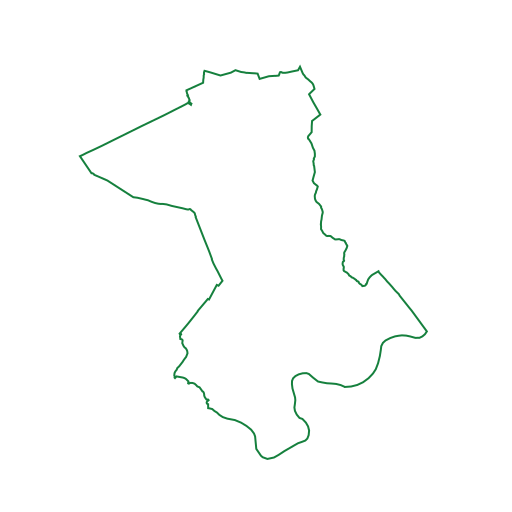 Negri, Bacau, Romania, rotated 244°
{"feature_id": "2599482B87811792922311", "entity_name": "Negri", "entity_type": "district", "adm_level": 2, "iso_a3": "ROU", "parent_name": "Romania", "parent_adm1": "Bacau", "projection": "orthographic", "projection_center": [26.996, 46.704], "detail": "fine", "context": "isolated", "style": "outline", "palette": "green", "viewbox_px": 512, "rotation_deg": 244, "n_neighbors": 0, "source": "geoboundaries", "source_scale": "gbopen_adm2", "svg_char_len": 6075}
<svg xmlns="http://www.w3.org/2000/svg" viewBox="0 0 512 512"><g transform="rotate(244 256 256)"><path d="M406.8,378.5L404.5,375.2L406.1,369.0L407.1,364.8L407.8,362.7L408.9,360.4L409.4,359.8L410.0,359.6L410.7,358.4L410.4,358.0L409.9,357.2L408.9,356.4L408.6,356.0L408.2,355.5L409.1,353.1L410.0,351.1L411.8,346.7L412.0,346.0L412.7,341.9L413.6,336.9L419.2,337.4L420.6,335.2L422.1,332.5L423.8,329.6L424.9,327.5L426.2,325.9L427.9,323.3L432.0,319.0L431.8,313.8L433.8,303.2L441.0,295.5L443.3,292.9L445.0,290.9L444.2,290.1L443.7,289.7L443.0,289.3L442.1,289.0L441.3,288.2L439.2,287.1L437.7,286.0L434.9,284.4L435.4,266.1L434.4,265.7L434.2,265.8L433.2,265.5L432.2,265.3L430.8,265.2L430.4,265.3L430.3,265.1L430.3,264.8L430.3,264.6L430.2,264.5L429.2,264.9L428.8,264.9L428.4,264.7L428.0,264.7L427.5,264.9L427.1,264.9L426.3,264.7L425.2,264.7L424.6,264.1L424.6,263.7L424.5,263.4L424.4,263.3L424.0,263.3L423.6,263.4L423.3,263.8L423.0,264.0L422.5,264.1L421.2,264.7L420.8,264.1L420.5,263.9L420.4,263.8L422.3,262.8L423.4,261.6L423.2,259.2L423.1,255.4L423.0,246.9L422.8,235.6L422.9,211.0L422.9,210.1L422.9,209.2L422.7,179.6L422.6,165.0L422.7,156.2L422.9,148.9L422.8,144.7L422.9,141.5L402.5,144.4L402.3,145.0L401.5,145.7L400.5,146.2L399.9,146.2L389.0,155.5L362.6,171.5L360.4,174.9L356.6,179.6L355.2,181.2L354.0,182.7L353.1,183.7L352.3,184.3L350.3,186.1L347.9,188.5L345.9,191.0L344.7,192.9L343.5,195.3L341.6,198.2L339.9,200.1L337.9,202.3L331.1,210.9L328.6,213.8L327.6,215.2L327.4,215.7L327.3,216.8L327.2,217.1L326.7,217.6L326.0,217.7L324.7,218.3L323.1,219.1L321.8,219.6L320.8,219.6L319.7,219.3L318.5,219.2L317.8,219.2L317.4,218.8L293.2,216.8L284.5,216.2L280.6,215.9L272.6,215.1L272.3,214.8L268.0,214.5L262.5,214.6L259.2,214.8L250.9,214.9L248.4,215.0L246.5,211.0L245.7,209.3L247.2,208.1L237.5,194.7L238.5,193.9L235.8,187.8L232.2,179.6L231.8,179.4L229.1,173.9L225.0,165.3L223.7,162.4L219.7,153.3L219.2,153.3L219.0,153.9L218.8,154.4L218.4,154.4L218.0,153.4L217.2,152.5L214.5,151.6L213.8,152.6L213.4,152.9L212.6,153.1L212.2,153.0L210.9,152.1L209.9,151.5L208.3,151.5L207.4,151.4L205.2,151.7L203.9,152.4L202.2,152.6L200.7,152.5L198.6,151.8L195.9,148.9L195.1,147.2L193.9,145.0L193.1,143.8L190.5,138.5L189.8,136.2L188.5,134.8L187.9,133.4L187.2,132.3L186.4,131.4L184.5,130.2L183.6,130.2L182.4,129.5L181.8,129.7L182.6,131.8L178.8,137.0L177.5,138.3L176.1,139.2L172.9,140.3L171.3,139.2L170.7,139.7L170.8,141.2L169.7,143.3L168.2,144.8L166.3,145.6L164.5,146.1L162.7,147.7L159.2,148.3L157.8,148.5L157.4,148.9L156.8,149.1L155.8,149.1L154.5,148.8L153.3,148.3L152.0,148.1L150.9,148.2L148.9,148.5L148.5,148.9L148.0,150.0L147.2,150.2L147.0,149.7L146.9,149.1L146.9,148.6L146.3,147.7L145.7,147.3L144.9,147.2L144.3,147.5L143.8,148.0L140.2,146.3L139.3,147.6L137.6,149.6L134.9,150.7L132.4,152.3L129.3,153.4L125.8,155.5L122.4,158.9L117.8,165.1L112.8,169.5L107.5,172.9L102.0,175.5L97.3,176.4L94.2,176.1L82.5,171.7L74.3,172.9L72.2,173.8L68.6,177.3L67.0,183.8L67.3,189.0L68.2,195.9L69.0,207.2L69.3,211.7L68.8,215.8L68.5,219.4L69.4,222.1L71.9,224.8L75.8,227.2L80.0,228.1L84.4,227.8L89.2,226.3L91.4,224.1L95.6,223.1L99.7,223.1L103.0,224.1L105.8,226.0L109.1,228.1L111.7,229.1L120.9,230.7L125.0,232.1L127.9,233.6L129.8,235.7L130.8,238.8L130.9,242.5L130.1,246.6L128.6,250.0L126.8,251.8L121.8,253.9L116.0,256.7L113.4,260.0L110.5,264.0L108.2,268.1L105.9,271.9L102.9,275.5L99.7,278.2L99.4,278.3L97.0,284.3L95.7,290.5L95.6,296.9L96.3,300.7L96.8,303.5L98.5,308.1L99.2,309.8L101.7,314.0L106.1,318.7L111.7,323.4L116.7,326.9L120.1,329.1L122.3,332.0L123.3,335.4L123.4,340.8L122.8,345.8L121.8,349.2L120.7,352.4L118.6,356.1L116.2,359.2L112.6,363.3L110.8,367.1L110.8,370.3L111.6,373.5L113.3,376.5L138.9,371.9L142.2,371.1L157.5,367.7L159.0,367.7L163.4,366.1L166.4,365.3L168.2,364.9L173.2,363.5L175.6,362.7L178.7,362.0L180.2,361.5L181.7,361.1L184.1,360.3L185.4,359.9L187.1,359.4L187.6,359.3L188.6,359.4L188.1,352.4L188.0,351.8L187.8,351.0L187.0,348.8L186.4,347.7L185.8,346.6L184.3,345.0L182.5,343.3L182.6,342.8L181.9,342.1L181.6,341.3L181.6,340.6L182.3,338.4L183.3,338.3L184.1,338.0L184.7,337.7L185.5,337.1L186.2,336.9L186.9,336.7L187.7,336.9L188.2,336.7L188.5,336.5L188.9,335.9L189.2,335.7L189.7,335.7L190.0,335.5L190.3,335.4L190.6,335.5L191.5,334.9L192.3,334.6L193.2,334.0L194.2,333.4L194.7,332.8L194.9,332.6L196.0,332.3L196.7,331.9L197.6,331.2L199.1,331.2L201.5,330.3L201.9,329.9L202.6,329.4L203.7,328.7L204.0,328.5L205.0,328.5L205.6,328.9L206.3,329.2L206.8,329.7L207.1,329.8L208.0,330.2L209.1,330.1L210.2,330.1L211.4,330.6L212.6,331.5L212.9,332.2L212.8,332.6L213.1,333.1L214.5,333.3L214.9,333.5L216.3,334.4L216.9,335.0L217.5,335.4L218.1,335.6L218.3,335.8L218.5,336.0L219.5,336.3L220.5,336.9L221.8,338.9L223.5,341.1L224.3,341.8L224.9,342.4L225.5,342.6L225.9,342.5L226.5,342.3L226.8,342.3L228.3,342.4L228.5,342.4L228.8,342.2L229.0,342.2L230.5,342.3L230.8,342.2L231.4,341.7L232.5,340.3L233.2,339.5L234.3,338.6L234.8,338.0L234.9,337.6L235.8,335.2L236.1,334.6L236.3,334.3L237.2,333.8L238.7,332.9L239.6,332.5L241.2,331.8L241.7,331.0L242.2,330.2L242.3,329.7L242.7,328.8L243.3,328.1L245.9,327.1L246.9,326.6L247.5,326.5L249.3,326.5L249.9,326.4L250.5,326.4L251.3,326.2L251.8,326.3L252.5,326.7L253.9,327.4L255.3,327.9L255.6,328.1L256.2,328.2L256.3,328.4L258.6,329.7L260.1,330.9L261.2,331.6L263.4,333.0L265.6,334.9L266.4,335.3L268.0,335.6L269.5,335.8L270.0,335.7L271.0,335.7L271.4,336.0L271.9,336.2L272.5,336.1L273.1,335.9L273.8,335.8L275.2,335.5L278.0,334.1L279.6,333.9L281.6,334.1L284.2,335.1L285.4,336.0L286.7,337.6L287.8,338.4L289.1,339.9L291.4,342.0L292.3,341.8L296.0,340.0L299.0,339.9L302.0,342.5L305.6,345.7L311.4,347.7L312.4,347.7L313.7,348.3L316.1,349.0L317.6,350.6L318.3,350.7L319.6,352.5L322.0,353.7L325.0,354.7L328.4,354.6L332.8,355.2L336.0,354.9L337.8,354.7L338.4,354.3L338.9,354.3L340.0,354.7L340.8,355.5L342.9,360.3L348.3,363.0L352.8,365.6L354.9,375.8L361.7,375.4L368.8,374.9L378.1,374.6L378.4,375.3L380.5,381.8L383.2,382.3L384.6,382.5L385.6,382.5L386.8,382.3L388.0,381.9L389.0,381.4L391.9,380.3L394.2,379.1L395.3,378.8L396.8,378.7L397.6,378.5L398.3,378.2L400.0,378.1L406.8,378.5Z" fill="none" stroke="#15803d" stroke-width="2"/></g></svg>